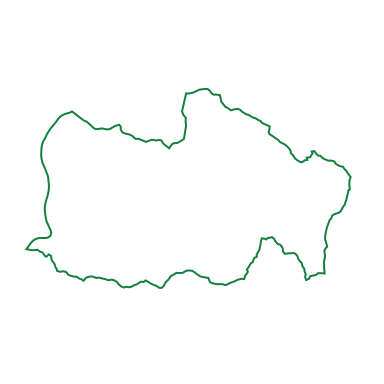 Avaré, São Paulo, Brazil, rotated 98°
{"feature_id": "56859067B63213582970930", "entity_name": "Avaré", "entity_type": "district", "adm_level": 2, "iso_a3": "BRA", "parent_name": "Brazil", "parent_adm1": "São Paulo", "projection": "mercator", "projection_center": [-48.891, -23.063], "detail": "fine", "context": "isolated", "style": "outline", "palette": "green", "viewbox_px": 384, "rotation_deg": 98, "n_neighbors": 0, "source": "geoboundaries", "source_scale": "gbopen_adm2", "svg_char_len": 4653}
<svg xmlns="http://www.w3.org/2000/svg" viewBox="0 0 384 384"><g transform="rotate(98 192 192)"><path d="M128.9,322.1L130.2,323.7L131.1,325.7L132.5,328.8L134.0,331.0L135.5,332.8L138.0,334.6L141.9,336.6L143.4,337.5L145.5,338.8L149.4,341.3L155.2,343.8L159.4,345.0L162.0,346.2L163.8,346.7L166.3,347.1L169.2,347.2L171.9,346.9L176.5,346.5L179.4,345.8L183.2,344.4L184.8,343.6L189.3,340.7L192.8,338.8L194.5,337.8L196.7,336.8L198.5,336.2L200.9,335.7L204.5,334.8L206.8,334.4L208.8,334.2L211.7,334.2L214.7,334.4L216.6,334.6L221.2,335.4L223.6,335.6L227.8,335.7L229.6,335.4L232.8,334.7L236.5,333.7L241.2,332.0L247.1,328.3L249.2,326.9L251.9,325.7L253.9,325.8L255.7,326.6L257.5,328.9L258.1,331.6L258.3,333.7L258.9,337.1L259.6,338.9L260.8,340.9L262.7,343.0L266.0,345.1L268.6,346.4L271.6,348.0L272.0,343.0L271.4,339.6L270.7,337.1L272.1,334.4L272.6,331.9L273.8,330.4L275.6,329.0L276.3,327.2L273.8,325.1L274.9,322.7L279.1,321.5L281.4,319.0L282.9,317.8L285.5,316.7L286.9,315.3L288.8,314.7L289.4,311.4L288.3,308.3L288.8,305.5L291.3,302.7L291.9,299.9L292.2,297.0L291.9,294.7L293.4,291.6L293.9,289.0L295.1,287.2L293.4,286.0L291.7,285.0L290.5,283.0L289.6,279.9L289.7,277.5L290.5,275.0L289.7,272.2L290.2,268.0L290.3,265.5L291.0,263.5L290.6,261.1L289.9,259.1L290.3,256.7L291.4,254.0L293.5,251.8L295.3,249.1L296.1,246.3L294.9,243.7L295.1,241.1L294.2,238.7L292.4,236.4L291.5,234.4L290.1,232.6L287.9,230.1L287.9,227.4L286.0,225.7L286.9,223.4L288.2,220.4L289.0,218.4L289.4,216.5L290.1,213.7L291.5,211.0L291.2,208.8L289.0,206.9L286.2,206.0L284.6,205.2L282.6,203.6L280.1,202.1L278.4,201.4L276.7,199.1L274.2,196.1L274.0,193.4L273.4,190.0L272.0,188.4L270.5,185.9L270.0,182.8L270.0,180.9L271.2,178.1L272.3,176.5L273.4,174.3L274.5,171.8L274.6,169.9L274.9,163.8L277.1,162.7L278.9,161.5L279.4,159.3L279.7,157.2L279.8,154.2L279.2,151.1L279.1,148.4L279.5,146.0L278.8,144.3L277.5,142.8L276.4,140.9L275.1,138.5L274.2,136.9L272.4,134.3L271.7,132.4L271.0,130.6L271.0,128.1L267.7,127.8L265.3,126.4L263.2,125.6L261.2,126.9L258.1,125.3L254.7,123.9L252.9,122.1L250.1,121.6L248.3,120.7L247.2,118.9L244.8,119.2L242.0,118.1L239.5,117.2L235.6,116.9L232.5,116.9L230.4,116.8L228.2,116.4L228.2,113.6L228.6,111.7L226.9,110.6L226.5,108.6L225.6,106.5L226.7,104.4L229.4,102.5L231.6,99.8L231.8,97.6L233.1,95.7L235.5,94.2L238.0,93.8L240.3,91.5L239.4,88.3L239.1,86.3L238.6,84.4L238.3,82.3L239.2,80.4L240.6,78.8L243.4,77.5L245.3,75.8L246.8,73.6L249.9,72.5L252.5,70.1L255.4,69.3L257.5,67.9L260.3,68.2L263.3,66.7L261.5,64.0L258.8,63.1L257.7,60.1L257.0,57.6L254.9,56.0L254.4,52.6L254.3,49.4L251.2,50.0L248.3,50.7L245.9,50.9L244.0,51.5L241.9,51.6L239.3,51.3L236.6,51.4L234.3,52.1L231.4,52.7L229.1,51.9L227.4,50.5L225.2,51.4L223.4,52.2L221.0,53.3L218.5,53.9L216.4,53.9L213.2,53.9L209.2,53.5L206.1,53.0L203.6,52.4L201.9,52.1L200.1,51.5L198.7,50.4L195.9,49.9L194.6,48.5L193.5,46.7L192.3,44.0L190.6,42.2L187.7,41.1L185.0,40.0L182.9,38.8L180.8,38.7L178.5,38.1L176.2,37.9L173.9,37.8L171.1,37.3L168.9,37.5L167.2,36.0L164.1,37.0L161.3,37.4L158.3,37.6L155.1,37.0L153.1,39.0L151.4,40.6L149.5,42.2L147.8,44.5L146.0,46.0L145.9,48.1L145.5,50.3L144.6,52.3L143.7,54.0L141.9,55.3L141.5,58.3L142.0,61.3L141.5,63.4L140.9,65.8L139.7,68.1L138.4,69.8L138.3,72.5L136.4,74.7L134.5,76.6L135.2,79.0L136.8,78.0L139.0,78.9L141.2,80.0L142.0,83.2L144.1,82.2L145.0,84.8L147.2,87.2L147.1,89.4L145.8,92.4L144.2,94.8L141.3,97.4L139.8,99.6L137.9,99.9L135.9,101.4L133.9,103.7L132.2,106.3L131.0,109.7L130.3,111.7L129.1,113.1L128.0,114.7L126.9,117.2L125.2,120.4L123.9,123.3L122.0,124.5L118.5,124.0L116.2,124.2L115.7,126.0L115.1,127.9L114.6,130.1L113.7,132.4L112.2,134.0L111.5,136.5L110.1,139.4L109.9,141.4L108.9,144.3L107.7,146.8L107.6,149.2L106.3,151.5L105.6,153.7L103.9,155.6L103.3,158.4L104.2,161.5L105.7,164.8L103.6,168.6L103.0,170.9L100.4,173.5L98.6,175.5L96.3,176.3L92.2,177.8L92.3,179.9L92.0,181.8L92.7,183.8L91.7,186.1L89.1,188.6L87.9,190.8L88.1,193.4L89.0,196.7L89.6,198.9L91.3,201.4L93.0,204.0L94.0,206.2L95.0,209.2L95.1,211.5L113.4,213.1L116.1,211.8L117.9,210.2L119.4,208.4L121.5,208.3L124.0,208.0L125.9,207.3L128.5,207.1L140.5,207.4L143.1,210.2L144.3,211.7L145.4,213.2L145.8,215.6L146.9,218.0L149.6,219.6L151.9,220.6L150.3,223.4L149.4,225.0L147.9,227.4L145.2,229.5L145.1,232.3L146.1,235.0L145.7,237.6L146.1,239.7L147.6,242.2L148.8,244.5L147.9,247.4L147.4,250.2L146.7,252.3L147.3,255.0L146.3,256.9L144.9,258.7L143.9,261.7L143.5,263.5L143.5,266.1L142.8,269.0L140.1,271.3L137.2,271.6L135.6,273.5L137.3,277.5L138.9,279.4L140.8,281.7L141.8,284.3L141.8,286.2L141.6,289.8L142.2,292.3L143.0,294.9L142.9,297.1L142.0,298.8L139.4,302.4L137.0,306.1L136.2,309.2L134.8,311.7L133.3,314.4L128.9,322.1Z" fill="none" stroke="#15803d" stroke-width="2"/></g></svg>